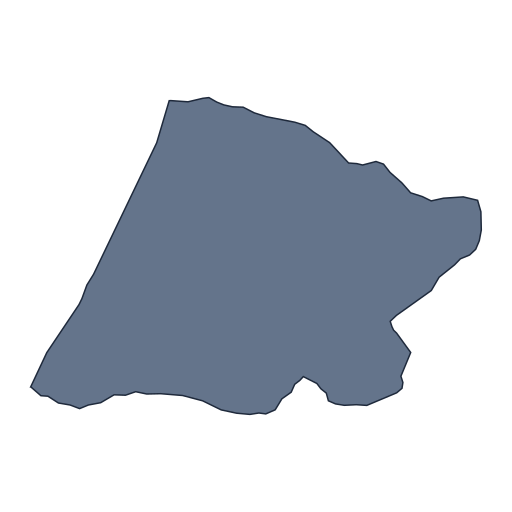 map outline of Gharb - Chrarda - Béni Hssen (Robinson projection)
{"feature_id": "MAR-1448", "entity_name": "Gharb - Chrarda - Béni Hssen", "entity_type": "Region", "adm_level": 1, "iso_a3": "MAR", "parent_name": "Morocco", "parent_adm1": "", "projection": "robinson", "projection_center": [-5.873, 34.557], "detail": "fine", "context": "isolated", "style": "filled", "palette": "slate", "viewbox_px": 512, "rotation_deg": 0, "n_neighbors": 0, "source": "natural_earth", "source_scale": "10m", "svg_char_len": 1196}
<svg xmlns="http://www.w3.org/2000/svg" viewBox="0 0 512 512"><path d="M30.7,386.9L46.8,352.6L79.0,304.6L81.9,298.7L86.9,285.0L93.6,274.2L156.7,142.8L169.2,100.7L169.3,100.7L170.7,100.6L188.0,101.8L202.8,98.3L208.9,97.6L216.8,102.1L223.8,104.9L232.5,106.8L243.2,107.2L254.1,112.8L266.4,116.7L294.8,122.2L305.3,125.4L313.1,131.7L329.7,142.7L348.6,163.0L356.8,163.6L362.6,165.0L376.0,161.5L383.5,164.1L390.0,172.4L402.0,183.0L410.6,192.8L422.4,196.6L431.2,200.9L443.5,198.2L463.3,196.9L477.6,200.3L480.9,211.8L481.3,230.0L479.3,240.7L475.7,249.3L469.6,255.0L460.4,258.8L454.6,264.8L439.1,277.2L431.3,290.5L396.4,315.4L390.2,321.3L391.9,326.6L393.6,330.2L396.6,333.1L410.7,352.5L400.9,376.2L402.9,382.5L402.0,388.3L396.7,392.8L366.8,405.4L356.3,404.7L344.3,405.3L335.5,403.9L328.4,400.8L326.3,393.1L320.9,388.8L316.9,383.5L303.3,376.6L299.9,380.3L294.7,384.3L291.2,392.2L281.9,398.8L275.2,409.8L265.8,413.9L258.9,413.0L249.9,414.4L236.6,413.2L221.2,409.9L202.6,400.8L182.6,395.5L160.7,393.7L146.7,394.0L135.7,391.7L125.5,395.2L114.1,394.8L100.7,402.7L88.4,405.0L79.6,408.6L70.1,405.0L58.4,403.0L47.9,396.2L40.9,395.7L30.8,386.9L30.7,386.9Z" fill="#64748b" stroke="#1e293b" stroke-width="1.5"/></svg>